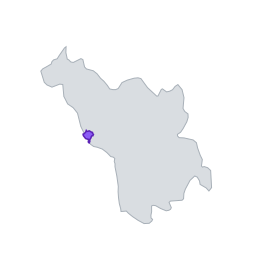 where Dravograd sits in Slovenia, rotated 251°
{"feature_id": "SVN-947", "entity_name": "Dravograd", "entity_type": "Municipality", "adm_level": 1, "iso_a3": "SVN", "parent_name": "Slovenia", "parent_adm1": "", "projection": "orthographic", "projection_center": [15.031, 46.594], "detail": "fine", "context": "in_parent", "style": "filled", "palette": "violet", "viewbox_px": 256, "rotation_deg": 251, "n_neighbors": 0, "source": "natural_earth", "source_scale": "10m", "svg_char_len": 2120}
<svg xmlns="http://www.w3.org/2000/svg" viewBox="0 0 256 256"><g transform="rotate(251 128 128)"><path d="M225.0,95.9L219.5,93.8L212.9,93.0L211.7,94.2L209.1,95.4L207.8,97.6L208.9,106.1L207.4,107.6L199.9,106.8L197.4,107.9L193.4,113.8L189.3,116.4L184.0,118.2L180.1,120.4L175.1,122.3L170.9,123.4L169.3,126.0L168.3,128.9L168.5,131.6L172.9,137.1L173.5,142.9L173.1,150.0L172.2,153.8L170.5,156.3L159.8,159.6L148.8,165.5L148.5,166.8L153.6,172.0L153.8,173.3L149.6,176.2L149.2,179.2L149.7,182.6L152.0,186.1L152.8,189.3L146.7,191.6L138.4,190.8L128.6,186.4L125.2,187.0L121.8,189.3L118.4,188.3L114.7,185.6L109.5,179.9L106.9,176.4L105.9,172.7L104.4,172.2L102.2,173.2L100.4,177.7L95.5,185.7L91.8,187.9L86.4,187.3L78.7,187.4L74.0,188.0L68.2,185.1L66.8,185.6L66.7,187.5L64.5,190.4L60.9,192.3L44.4,187.6L42.1,184.0L45.9,182.4L51.2,177.8L54.7,178.4L59.0,177.5L60.9,175.5L58.3,169.6L51.5,162.3L47.9,159.5L43.0,157.5L42.1,155.6L45.1,144.2L44.3,142.6L38.6,143.0L37.3,141.8L36.9,139.8L37.3,137.1L41.2,132.7L45.6,128.8L46.7,126.6L46.6,124.9L41.2,123.1L37.9,121.2L35.4,120.5L33.6,121.5L32.3,120.3L31.0,117.0L32.4,112.1L37.4,107.5L42.7,103.5L47.3,100.6L50.0,99.4L51.3,94.2L54.0,94.8L59.4,95.2L65.4,96.4L71.0,97.9L75.9,99.8L86.2,101.8L95.6,103.1L98.5,104.1L100.8,104.1L103.6,105.6L105.3,104.5L106.6,102.4L111.7,100.0L116.5,96.8L119.8,92.7L121.7,89.5L124.9,87.2L128.4,86.6L131.5,85.5L144.8,83.9L158.5,85.1L165.0,82.8L170.4,78.8L178.2,77.7L178.6,77.6L190.4,80.5L191.2,78.7L191.7,77.9L191.4,69.4L195.1,65.4L198.5,63.7L210.2,64.1L211.7,66.7L212.4,70.8L213.5,76.2L215.5,77.7L216.6,79.8L216.5,83.6L218.8,86.4L224.3,93.9L225.0,95.9Z" fill="#d9dde1" stroke="#a8b0b8" stroke-width="1"/><path d="M135.3,83.3L136.8,83.5L136.9,84.7L137.3,85.5L137.9,86.7L139.2,87.7L138.4,87.9L138.2,88.2L137.9,89.0L138.0,89.6L137.9,90.5L135.9,92.2L135.7,92.6L135.4,93.0L135.2,93.0L134.5,92.7L133.7,93.0L133.3,93.3L133.2,93.3L132.1,92.2L132.4,91.5L132.2,91.1L131.9,90.6L131.3,90.2L130.4,89.4L129.7,88.5L129.4,88.1L129.0,87.8L128.0,87.7L126.6,86.6L126.5,86.4L127.4,85.9L128.3,86.1L129.5,87.8L131.8,84.5L135.3,83.3Z" fill="#8b5cf6" stroke="#5b21b6" stroke-width="1.5"/></g></svg>